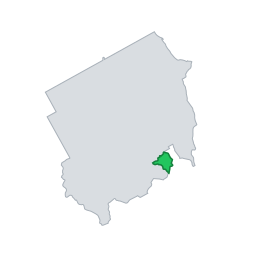 Abu Jubayhah, South Kordufan, Sudan shown in context, rotated 331°
{"feature_id": "16777658B72808091845483", "entity_name": "Abu Jubayhah", "entity_type": "district", "adm_level": 2, "iso_a3": "SDN", "parent_name": "Sudan", "parent_adm1": "South Kordufan", "projection": "mercator", "projection_center": [31.566, 10.99], "detail": "fine", "context": "in_parent", "style": "filled", "palette": "green", "viewbox_px": 256, "rotation_deg": 331, "n_neighbors": 0, "source": "geoboundaries", "source_scale": "gbopen_adm2", "svg_char_len": 6198}
<svg xmlns="http://www.w3.org/2000/svg" viewBox="0 0 256 256"><g transform="rotate(331 128 128)"><path d="M168.4,193.3L166.5,193.3L166.3,192.8L166.3,191.6L166.5,190.6L167.2,189.1L167.1,188.2L167.2,187.0L166.6,185.7L162.0,181.7L161.0,180.6L158.5,179.6L159.0,178.5L157.9,170.5L158.4,169.5L158.6,168.1L158.6,166.9L159.2,164.8L159.2,163.9L154.2,163.9L154.2,164.7L154.4,165.7L154.4,166.1L147.4,166.2L150.2,169.3L150.3,170.7L150.2,172.5L150.2,173.6L150.4,174.3L151.1,175.7L151.1,176.0L150.9,176.3L146.0,180.5L145.1,182.5L144.5,183.5L143.1,185.2L138.6,189.7L137.8,190.0L134.4,190.2L134.0,190.3L133.8,190.5L133.6,190.4L130.7,187.8L125.8,184.6L122.5,186.3L121.6,186.9L121.6,188.4L121.1,189.2L120.2,190.0L117.8,190.6L116.5,191.0L115.0,191.9L113.6,193.3L113.5,194.1L113.6,194.7L105.3,194.7L104.7,194.2L103.5,191.8L102.7,192.0L95.1,191.7L94.0,191.9L91.8,192.9L90.7,193.1L89.6,192.6L85.6,187.9L84.7,187.4L83.8,186.3L83.0,185.8L82.7,185.4L82.6,184.9L82.6,183.9L82.3,183.3L81.7,183.1L76.3,184.2L75.6,184.1L74.4,184.3L74.0,184.5L73.6,185.1L73.5,186.4L73.4,187.0L73.0,187.7L71.4,189.3L71.1,190.0L71.2,191.7L71.1,192.6L70.8,193.0L70.2,193.7L69.9,194.1L69.7,196.3L68.8,197.7L68.6,198.1L68.6,199.1L68.4,199.4L66.0,200.2L65.1,200.7L64.6,201.4L64.4,201.7L63.4,201.5L62.1,201.3L59.5,201.0L58.5,200.7L58.0,200.2L58.2,198.8L57.9,198.5L57.5,198.3L57.2,197.7L57.3,197.0L58.6,195.4L58.9,194.6L59.3,190.7L59.2,189.5L58.1,187.3L55.7,183.5L55.1,182.7L52.0,179.6L51.7,179.1L50.9,177.8L51.7,174.9L51.8,174.1L51.6,173.2L50.8,172.6L50.1,172.6L49.2,171.8L48.6,171.4L48.1,170.7L47.8,169.8L48.0,166.3L47.8,165.9L47.1,165.8L46.9,165.5L46.9,164.9L46.5,162.9L46.0,161.3L46.3,160.4L45.6,159.2L44.4,158.6L41.9,159.0L41.2,159.0L40.6,158.7L40.3,158.3L40.1,157.8L40.3,157.0L41.0,155.5L41.8,154.3L43.6,153.2L44.0,152.6L44.3,152.0L44.4,151.2L44.2,150.4L44.0,149.7L43.5,148.8L43.1,147.6L43.0,146.9L43.3,146.4L43.7,145.7L45.5,144.4L47.3,143.4L47.6,143.0L47.5,142.5L46.6,141.7L46.4,140.0L45.9,138.8L46.8,137.9L47.5,137.6L48.5,137.3L49.0,136.9L49.1,136.2L49.0,135.5L49.4,135.0L49.9,133.9L50.3,133.4L51.7,132.2L52.0,131.3L52.1,130.5L51.7,128.1L52.5,127.1L53.5,126.3L54.9,126.3L57.2,126.2L58.7,125.8L59.8,125.8L62.3,126.3L62.6,126.1L62.7,125.4L62.7,79.0L73.0,79.0L73.1,56.6L138.4,56.6L138.9,56.5L140.0,54.4L140.4,54.3L141.1,54.4L141.3,54.9L140.7,56.6L197.7,56.6L197.8,59.1L198.3,61.2L199.9,64.1L201.3,65.7L201.8,66.6L201.8,67.0L201.7,67.4L201.3,66.9L200.6,66.6L200.5,68.0L200.9,70.8L201.4,72.8L201.0,74.6L201.1,77.6L201.8,81.3L201.7,83.6L202.8,89.1L204.0,92.1L204.6,92.8L205.3,93.2L206.7,93.5L208.7,95.0L210.3,96.6L210.9,97.5L211.6,98.4L212.2,98.2L212.5,98.0L213.0,98.7L215.5,100.3L215.9,101.1L215.0,101.8L213.9,103.1L213.4,104.3L213.2,104.6L212.3,105.4L212.2,105.7L211.8,105.9L211.4,105.9L210.6,106.3L209.8,106.2L209.0,106.4L208.7,106.7L208.1,107.0L207.2,107.1L205.9,108.1L204.8,108.6L204.4,109.0L203.8,110.9L203.4,111.4L201.7,111.5L200.8,111.7L199.7,111.5L199.1,111.5L199.0,111.9L198.8,113.6L198.8,114.3L197.9,116.2L198.1,119.8L197.2,122.5L197.1,123.1L196.2,125.2L195.7,126.0L194.5,130.0L194.0,131.2L193.0,132.5L194.1,142.0L193.2,144.9L193.3,146.4L192.7,148.8L192.2,149.8L191.4,151.1L190.8,152.6L190.3,154.5L189.9,158.1L189.7,158.5L186.7,158.9L185.8,159.2L185.1,159.6L184.3,160.5L182.8,163.0L182.0,164.6L180.7,166.7L179.3,168.2L179.0,168.9L178.7,170.3L178.2,172.4L177.7,174.0L177.8,175.2L177.3,177.3L177.4,178.4L176.9,179.0L176.2,179.5L175.7,179.6L173.6,178.2L172.1,179.2L171.2,180.6L170.5,182.0L170.9,184.9L170.9,185.6L170.7,186.3L169.3,189.1L168.9,190.5L168.5,192.8L168.4,193.3Z" fill="#d9dde1" stroke="#a8b0b8" stroke-width="1"/><path d="M148.0,166.8L147.9,166.7L147.7,166.5L146.7,167.2L145.8,168.0L145.6,168.0L145.2,168.1L144.9,168.1L144.7,168.2L144.4,168.3L144.1,168.3L143.8,168.3L143.6,168.3L143.4,168.5L143.3,168.4L143.2,168.3L143.1,168.1L142.8,167.9L142.7,167.9L142.4,167.8L142.2,167.7L142.1,167.8L142.1,168.0L142.0,168.3L141.9,168.5L141.7,168.7L141.7,168.8L141.4,168.9L141.1,168.7L140.6,168.7L140.4,168.7L139.9,168.7L139.5,168.8L139.4,168.9L139.4,169.0L139.4,169.3L139.3,169.5L139.2,169.8L139.1,170.0L138.9,170.2L138.9,170.3L138.8,170.5L138.7,170.6L138.5,170.8L138.3,171.0L138.2,171.0L137.9,171.0L137.7,171.0L137.5,170.9L137.4,170.9L137.2,170.8L136.9,170.7L136.6,170.6L136.4,170.5L136.1,170.4L135.9,170.3L135.6,170.3L135.4,170.3L135.1,170.3L134.9,170.4L134.7,170.3L134.1,170.3L133.9,170.4L133.7,170.4L133.5,170.5L133.4,170.5L133.0,170.5L132.7,170.5L132.7,171.3L132.8,171.4L132.7,171.7L132.9,171.9L133.1,172.0L133.3,172.4L133.5,172.6L133.6,172.8L133.8,173.1L134.0,173.2L134.4,173.3L134.7,173.4L135.0,173.4L135.3,173.5L135.6,173.6L135.9,173.7L136.2,173.8L136.4,173.9L136.5,173.9L136.7,174.0L136.8,174.2L136.9,174.3L136.9,174.6L137.0,174.8L137.1,175.0L137.3,175.1L137.6,175.3L137.9,175.4L138.0,175.4L138.2,175.6L138.3,175.8L138.6,175.9L138.7,176.1L139.0,176.2L139.0,176.4L139.2,176.8L139.3,177.0L139.6,177.8L139.7,178.0L139.6,178.3L139.6,178.5L139.6,178.8L139.5,179.2L139.5,179.3L139.4,179.4L139.4,179.5L139.3,179.8L139.2,179.9L139.1,180.3L139.1,180.6L139.0,180.8L139.0,181.0L139.2,181.3L139.3,181.3L139.5,181.5L139.8,181.6L140.0,181.8L140.2,182.0L140.4,182.1L140.6,182.2L140.7,182.4L140.8,182.5L140.9,182.8L140.9,183.2L140.9,183.5L141.0,183.7L141.0,184.0L141.0,184.3L141.1,184.5L141.1,184.8L141.3,185.0L141.3,185.3L141.4,185.5L141.5,185.9L141.6,186.2L141.6,186.4L141.6,186.9L141.7,187.0L141.7,187.3L141.8,187.5L142.1,187.3L142.8,186.3L143.2,185.9L143.6,185.3L143.8,185.2L144.0,184.9L144.1,184.7L144.3,184.5L144.4,184.4L144.6,184.3L144.7,184.1L144.8,183.9L145.2,183.2L145.4,182.9L146.0,182.4L146.2,182.2L146.9,182.2L147.3,182.5L148.3,182.6L148.7,182.4L149.1,182.2L149.1,181.6L149.0,181.3L149.0,181.2L149.0,180.9L148.7,180.0L149.0,179.6L149.9,178.8L150.4,178.3L150.7,178.0L151.0,177.7L151.5,177.2L151.4,176.7L151.3,176.2L151.1,176.0L151.1,175.9L151.0,175.6L150.8,175.4L150.8,175.2L150.7,175.0L150.8,174.8L150.8,174.7L150.8,174.4L150.7,174.3L150.7,174.0L150.7,173.8L150.7,173.5L150.7,173.3L150.7,172.8L150.7,172.5L150.7,172.0L150.7,171.8L150.7,171.7L150.8,171.6L150.8,170.8L150.8,170.4L150.8,170.0L150.8,169.9L150.7,169.6L150.6,169.3L150.5,169.2L148.3,167.3L147.8,166.8L148.0,166.8Z" fill="#22c55e" stroke="#15803d" stroke-width="1.5"/></g></svg>